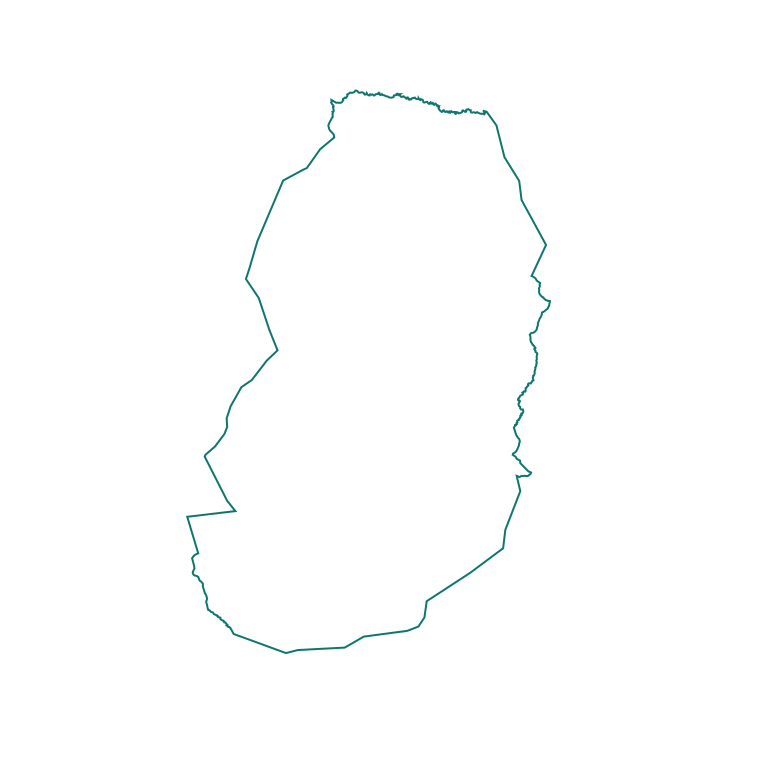 the district of Mo'ngonmorit, Töv, Mongolia, rotated 25°
{"feature_id": "93677404B10296672671184", "entity_name": "Mo'ngonmorit", "entity_type": "district", "adm_level": 2, "iso_a3": "MNG", "parent_name": "Mongolia", "parent_adm1": "Töv", "projection": "equal_earth", "projection_center": [108.558, 48.538], "detail": "fine", "context": "isolated", "style": "outline", "palette": "teal", "viewbox_px": 768, "rotation_deg": 25, "n_neighbors": 0, "source": "geoboundaries", "source_scale": "gbopen_adm2", "svg_char_len": 6150}
<svg xmlns="http://www.w3.org/2000/svg" viewBox="0 0 768 768"><g transform="rotate(25 384 384)"><path d="M353.4,674.1L408.8,669.3L418.4,661.5L459.8,639.5L472.4,621.5L509.5,597.8L517.7,589.3L519.3,578.5L514.5,562.8L541.8,518.9L561.4,482.5L555.6,465.0L552.8,423.5L543.1,411.2L546.2,411.1L547.2,409.5L550.4,407.7L552.5,407.1L553.6,406.2L553.9,405.2L554.6,404.1L554.8,402.8L554.7,402.1L551.6,402.1L540.9,398.1L539.8,396.0L535.9,395.7L534.0,394.3L530.6,393.8L530.4,392.5L532.1,389.9L532.3,388.4L532.4,385.8L532.2,382.2L531.6,380.9L531.5,378.8L529.9,376.8L527.7,375.9L525.2,374.2L520.1,368.6L520.4,366.7L520.1,365.9L521.0,365.5L520.8,364.8L521.4,364.0L520.6,363.2L521.1,362.3L520.2,361.1L520.7,360.2L521.4,359.6L521.0,358.7L521.6,357.9L521.3,357.1L521.7,356.2L521.0,355.5L521.9,354.2L521.9,353.9L521.5,353.9L521.0,353.5L520.9,353.1L521.1,352.6L521.9,351.6L522.1,351.2L522.0,350.7L521.6,349.6L520.6,348.4L519.5,349.0L518.8,349.1L517.6,348.4L517.0,347.1L515.7,347.0L514.2,345.1L514.6,343.7L514.0,343.0L514.4,342.5L514.4,342.0L514.0,341.8L512.6,342.1L512.1,341.6L512.2,340.7L511.9,340.4L512.3,339.6L512.5,337.1L513.4,335.9L514.2,335.1L514.2,334.1L513.0,333.3L513.7,332.4L514.0,331.5L515.0,331.5L515.4,331.0L514.7,329.0L514.1,328.0L514.8,327.0L514.6,326.1L515.5,324.3L514.7,323.5L514.6,323.0L514.8,322.4L515.3,322.0L516.9,321.4L516.8,320.2L517.3,319.0L517.0,318.1L517.2,317.7L517.8,317.4L516.1,315.3L516.3,314.2L515.7,313.6L515.8,313.0L516.3,312.3L516.2,311.3L515.7,309.8L515.2,309.2L514.8,306.1L514.1,305.3L514.3,303.3L513.9,302.6L513.9,301.6L513.4,300.8L513.5,300.2L512.2,298.5L512.0,296.9L510.8,294.8L510.1,291.7L509.3,291.2L507.8,291.0L507.5,290.7L507.3,289.8L505.6,289.1L505.4,288.6L506.1,287.5L505.9,287.2L505.0,287.0L504.2,286.1L503.1,286.0L502.6,285.6L501.8,285.5L501.2,284.7L499.4,283.9L497.7,281.5L497.6,280.8L496.9,279.6L495.9,278.2L495.3,277.8L495.8,275.7L497.9,274.2L498.8,272.4L499.3,270.8L499.3,270.1L498.8,267.8L498.8,266.5L497.8,263.7L497.5,259.2L497.8,256.2L497.6,254.3L496.9,252.5L498.2,251.0L500.5,246.5L500.5,243.4L499.5,239.0L499.3,238.7L497.5,239.4L496.8,239.3L495.3,239.6L492.4,238.7L491.8,238.2L491.3,238.4L489.2,237.8L487.2,236.8L485.4,234.9L485.1,233.5L484.0,231.9L484.0,229.7L482.9,227.9L482.9,226.9L482.7,226.4L479.7,226.0L478.2,225.4L476.6,224.2L473.9,223.7L472.1,223.7L472.1,189.5L430.9,159.1L420.7,142.8L397.4,127.6L376.6,102.1L362.0,93.9L359.0,94.4L359.2,94.9L361.0,95.6L360.9,97.2L359.5,97.2L357.8,98.1L356.1,98.4L353.4,98.3L353.0,99.1L352.3,99.7L350.8,99.6L349.0,100.9L348.2,101.0L347.4,100.5L347.0,99.3L346.0,99.5L344.1,99.3L343.7,100.0L342.7,100.6L342.7,101.2L343.2,102.0L343.3,102.4L343.0,102.7L342.4,103.1L340.3,102.6L339.7,102.8L339.5,103.2L339.8,104.5L339.6,105.1L337.5,107.1L336.8,107.1L335.9,106.6L334.4,107.1L335.0,108.1L334.9,108.9L334.3,108.9L332.7,107.7L331.1,108.8L329.8,108.3L329.3,108.7L329.4,109.8L329.2,110.3L328.6,110.4L328.3,110.2L328.3,109.4L327.9,109.3L327.3,110.7L325.8,110.2L325.6,110.3L325.0,111.4L323.9,111.6L323.0,110.7L322.5,110.6L321.9,111.2L321.8,112.4L321.6,112.9L321.2,113.0L319.0,112.4L317.3,111.5L317.0,111.2L317.1,109.7L316.6,109.2L315.6,109.7L314.7,109.6L314.4,109.4L314.3,109.2L314.9,108.8L313.5,108.8L312.2,108.0L311.9,108.2L311.6,109.7L311.1,109.9L310.4,109.6L309.6,108.7L309.3,108.7L308.8,109.7L308.3,109.7L307.2,108.9L306.8,109.7L306.9,110.2L307.3,110.4L306.9,110.9L306.4,111.1L304.9,110.7L304.0,110.0L303.1,110.5L301.5,112.0L300.6,111.9L299.3,110.3L298.9,110.1L297.0,110.2L297.1,111.0L296.9,111.3L296.5,111.4L295.7,111.2L294.4,110.3L294.6,110.9L294.4,111.3L293.6,111.9L292.3,112.0L291.0,111.4L290.7,111.9L289.7,112.3L288.7,113.2L288.4,114.5L288.1,114.8L286.9,114.8L286.8,115.6L286.4,115.7L284.4,114.2L284.1,114.4L284.0,115.8L283.7,115.9L283.2,115.9L282.4,115.3L281.1,115.4L280.3,115.0L279.8,115.2L278.8,116.4L278.3,116.5L276.7,115.8L275.5,116.1L275.2,116.0L275.1,115.7L275.9,114.6L274.6,115.2L273.4,115.2L272.8,116.0L273.4,116.6L273.4,116.9L271.0,118.3L271.4,120.0L269.8,121.3L268.2,122.0L265.3,122.0L263.7,122.4L262.4,122.2L260.8,122.7L259.6,122.2L258.9,123.5L258.2,123.6L256.8,122.2L256.4,122.2L256.5,123.4L256.0,123.6L255.5,123.5L255.1,124.3L253.9,125.0L253.5,126.4L253.1,126.8L251.2,126.4L250.8,126.6L250.2,127.3L249.0,127.3L248.8,127.7L248.9,128.6L248.5,128.8L246.7,128.7L245.3,127.6L245.3,129.1L244.4,129.8L243.7,129.7L242.8,128.9L242.0,128.8L240.6,129.0L238.8,130.3L237.9,130.6L236.1,129.8L235.1,129.7L234.1,130.2L233.8,131.7L233.3,132.4L232.0,133.6L230.0,134.3L229.1,136.2L228.4,136.9L228.3,137.2L229.1,138.3L228.8,139.4L228.9,140.4L228.6,140.8L227.5,141.0L227.3,141.8L226.4,142.7L226.5,143.3L227.2,144.3L226.9,145.1L226.7,146.4L226.3,147.1L225.3,147.8L223.1,148.6L221.8,149.3L216.3,148.8L217.1,150.1L217.3,150.7L217.1,151.2L218.7,152.3L220.4,153.0L220.6,153.7L221.0,153.9L220.7,154.4L220.8,154.9L221.3,155.0L221.6,155.8L222.8,157.1L223.1,158.3L222.3,159.0L223.0,159.5L223.0,160.5L223.7,161.5L223.8,162.4L224.5,163.2L224.7,164.2L224.2,165.1L224.4,166.6L224.1,169.4L224.2,172.8L224.4,173.4L226.4,175.9L227.8,177.0L232.5,178.9L233.5,179.8L233.7,180.5L234.2,180.8L234.7,181.6L226.9,198.2L222.8,220.9L219.9,224.3L206.6,242.2L208.9,308.2L213.2,336.2L214.5,347.2L234.2,359.0L256.9,383.1L273.3,398.5L267.9,412.2L262.5,436.3L256.1,447.1L254.4,469.1L255.9,481.6L260.0,489.2L260.5,496.7L257.2,512.2L252.1,523.6L252.2,525.6L291.3,556.2L303.0,562.0L261.8,587.5L287.2,616.0L285.5,617.9L284.7,619.1L284.1,620.7L283.7,623.0L288.7,629.0L290.2,631.4L290.1,634.5L290.4,635.9L291.5,637.1L293.0,637.6L295.6,637.1L297.4,637.5L299.5,639.7L300.4,640.2L301.4,640.2L302.5,640.7L303.9,641.3L304.5,641.8L305.2,643.8L309.9,649.1L312.4,650.9L313.5,652.2L314.4,653.5L314.7,655.0L314.7,655.9L315.0,656.7L317.3,659.5L319.2,662.1L320.2,662.5L320.2,663.0L322.2,663.0L323.2,663.6L325.4,663.4L327.0,664.4L329.5,664.4L330.6,664.2L331.1,664.3L331.1,664.9L331.8,665.3L334.4,664.9L334.8,665.4L334.9,666.0L335.4,666.2L336.9,666.6L338.7,666.3L339.2,667.2L339.8,667.1L340.1,667.5L341.3,667.2L342.2,667.9L343.7,668.4L343.4,669.4L343.8,669.4L344.2,669.1L344.7,669.3L344.9,669.9L345.8,669.9L346.6,669.6L347.0,669.9L347.8,669.9L348.3,670.6L349.1,670.9L353.4,674.1Z" fill="none" stroke="#0f766e" stroke-width="2"/></g></svg>